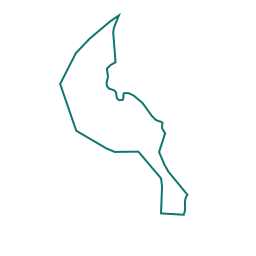 an SVG outline of Arta, rotated 61°
{"feature_id": "DJI-1568", "entity_name": "Arta", "entity_type": "Region", "adm_level": 1, "iso_a3": "DJI", "parent_name": "Djibouti", "parent_adm1": "", "projection": "mercator", "projection_center": [42.782, 11.46], "detail": "fine", "context": "isolated", "style": "outline", "palette": "teal", "viewbox_px": 256, "rotation_deg": 61, "n_neighbors": 0, "source": "natural_earth", "source_scale": "10m", "svg_char_len": 765}
<svg xmlns="http://www.w3.org/2000/svg" viewBox="0 0 256 256"><g transform="rotate(61 128 128)"><path d="M230.9,121.3L218.7,140.5L195.5,126.5L188.1,123.5L153.7,130.4L142.5,151.2L135.1,157.0L105.3,174.6L56.6,166.0L37.3,137.4L31.3,118.4L26.0,91.4L25.1,81.4L33.4,91.6L37.0,94.5L64.4,107.0L64.5,112.7L65.8,117.7L73.6,120.7L78.3,125.0L81.1,126.1L84.4,125.5L88.1,122.0L90.8,121.2L92.8,121.8L95.0,122.8L97.3,123.2L99.5,122.1L100.8,119.0L99.2,117.2L96.8,116.0L95.6,114.6L97.7,110.7L102.4,107.3L113.1,103.2L129.0,101.3L134.1,99.9L136.6,98.1L138.5,96.1L140.4,95.4L143.0,97.4L145.0,98.3L151.0,98.2L151.3,98.8L164.1,112.5L177.6,113.9L186.2,113.8L214.1,108.6L215.0,108.4L217.6,112.0L220.2,114.0L227.5,117.9L230.9,121.3Z" fill="none" stroke="#0f766e" stroke-width="2"/></g></svg>